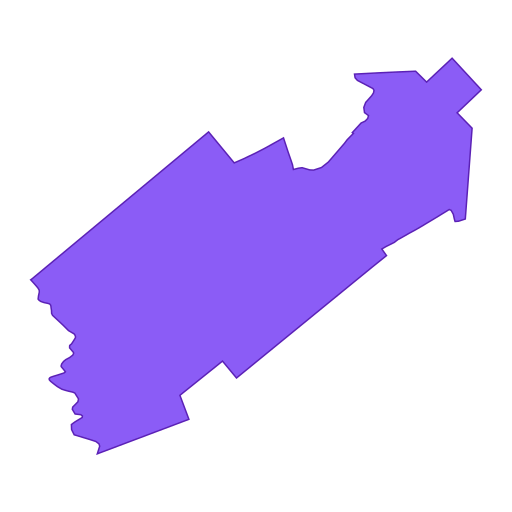 Tiganesti, Teleorman, Romania (Mercator projection)
{"feature_id": "2599482B47763495290999", "entity_name": "Tiganesti", "entity_type": "district", "adm_level": 2, "iso_a3": "ROU", "parent_name": "Romania", "parent_adm1": "Teleorman", "projection": "mercator", "projection_center": [25.313, 43.885], "detail": "fine", "context": "isolated", "style": "filled", "palette": "violet", "viewbox_px": 512, "rotation_deg": 0, "n_neighbors": 0, "source": "geoboundaries", "source_scale": "gbopen_adm2", "svg_char_len": 1862}
<svg xmlns="http://www.w3.org/2000/svg" viewBox="0 0 512 512"><path d="M97.3,453.8L188.9,419.3L179.9,395.3L222.5,361.1L236.5,378.0L372.3,267.0L386.5,255.6L381.8,249.0L386.1,246.5L394.3,242.4L397.9,239.6L400.0,238.5L409.1,233.3L415.4,229.9L422.8,225.6L424.9,224.3L433.1,219.4L447.0,210.9L449.2,209.5L450.2,210.0L451.1,210.3L452.5,212.8L453.3,214.3L454.2,218.4L454.8,220.8L455.1,221.5L458.6,221.2L465.3,219.0L472.1,128.2L457.1,112.8L481.3,89.8L452.1,58.2L426.6,82.1L415.6,71.2L396.8,72.0L381.5,72.7L354.5,74.1L355.1,77.8L357.4,80.4L373.0,88.6L374.0,90.4L373.5,92.9L371.7,95.7L365.7,102.4L363.8,107.4L364.5,112.6L368.5,115.6L367.7,118.5L365.0,121.2L361.1,123.0L352.3,132.6L353.4,133.4L347.2,139.7L344.5,143.3L328.3,162.1L321.5,167.5L313.6,170.1L309.7,169.9L302.1,167.7L298.4,168.2L293.4,169.5L292.5,164.8L291.3,161.2L287.8,151.1L283.5,137.9L276.1,142.0L264.4,148.5L255.1,153.3L249.8,155.8L243.4,158.9L234.2,162.9L208.6,131.9L31.7,279.1L30.7,279.8L30.9,280.0L33.1,282.4L34.8,284.3L37.8,287.8L39.2,290.2L39.3,292.1L38.5,295.8L38.1,299.1L39.2,300.4L40.9,301.5L44.1,302.6L47.5,303.3L49.6,303.9L50.5,304.9L50.9,306.1L51.1,308.0L51.5,310.5L51.6,313.4L52.6,315.4L62.9,325.0L68.5,330.6L74.1,333.9L74.9,335.0L75.5,336.6L75.4,337.8L73.5,340.9L71.6,343.8L71.1,344.3L70.5,344.7L69.7,345.5L69.6,346.3L69.6,347.9L73.5,352.5L73.6,353.4L72.8,355.1L69.7,357.5L65.8,359.6L63.6,361.4L61.7,363.9L61.1,365.9L61.2,366.6L64.8,371.0L65.4,371.8L63.9,373.0L57.7,375.0L53.4,376.3L50.8,377.2L49.8,377.8L49.2,378.6L49.2,379.1L49.3,379.8L50.7,381.4L54.2,384.2L57.4,386.6L61.8,389.2L65.6,390.4L69.0,391.3L72.6,392.1L74.8,393.0L78.5,398.9L77.9,401.8L72.7,407.1L72.3,409.3L75.1,414.0L80.8,414.7L82.4,415.9L82.2,417.5L75.1,421.8L71.4,424.5L71.6,429.6L72.9,432.2L74.2,434.8L89.8,439.5L95.9,441.5L99.0,443.9L99.7,446.2L98.5,450.0L97.3,453.8Z" fill="#8b5cf6" stroke="#5b21b6" stroke-width="1.5"/></svg>